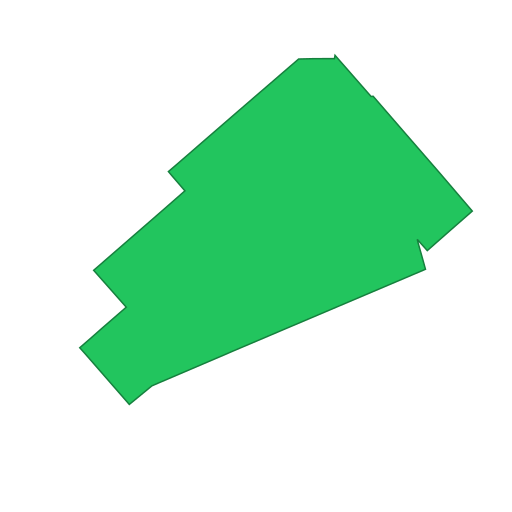 the district of Presidencia de la Plaza, Chaco, Argentina, rotated 229°
{"feature_id": "61730980B93024153750101", "entity_name": "Presidencia de la Plaza", "entity_type": "district", "adm_level": 2, "iso_a3": "ARG", "parent_name": "Argentina", "parent_adm1": "Chaco", "projection": "equal_earth", "projection_center": [-59.746, -27.001], "detail": "fine", "context": "isolated", "style": "filled", "palette": "green", "viewbox_px": 512, "rotation_deg": 229, "n_neighbors": 0, "source": "geoboundaries", "source_scale": "gbopen_adm2", "svg_char_len": 759}
<svg xmlns="http://www.w3.org/2000/svg" viewBox="0 0 512 512"><g transform="rotate(229 256 256)"><path d="M355.6,447.3L353.5,444.7L366.9,429.2L376.7,417.4L376.8,393.4L376.8,386.5L376.9,366.9L377.0,338.2L377.1,265.0L377.1,255.3L377.2,245.3L371.7,245.2L351.8,245.1L351.8,241.2L351.7,213.3L351.7,184.2L351.7,124.1L302.5,124.5L302.5,94.0L302.5,93.3L302.5,93.0L302.5,90.8L302.4,81.0L302.4,62.8L301.6,62.8L296.0,62.9L227.4,63.0L227.1,63.0L226.3,92.2L224.3,98.6L201.0,171.0L199.2,176.7L184.4,222.3L182.6,227.9L139.2,361.6L134.8,375.2L146.5,380.8L158.4,386.4L162.8,388.6L147.7,388.8L147.9,419.0L148.0,448.7L173.3,448.9L198.4,449.1L215.5,449.1L249.3,449.1L299.7,449.2L300.9,447.5L330.6,447.4L355.6,447.3Z" fill="#22c55e" stroke="#15803d" stroke-width="1.5"/></g></svg>